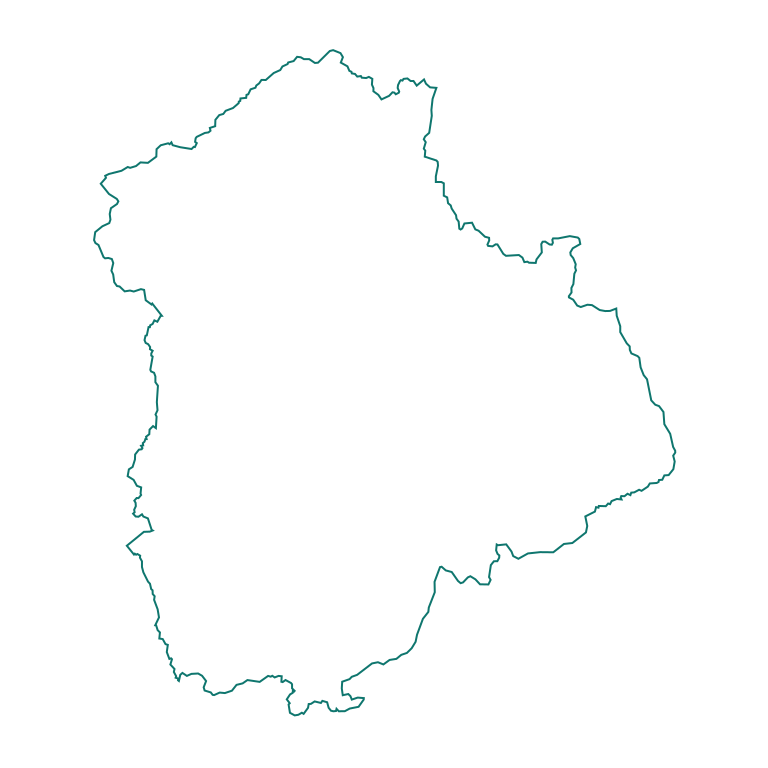 the district of San Vicente, Antioquia, Colombia, rotated 1°
{"feature_id": "7082276B36807549160801", "entity_name": "San Vicente", "entity_type": "district", "adm_level": 2, "iso_a3": "COL", "parent_name": "Colombia", "parent_adm1": "Antioquia", "projection": "natural_earth1", "projection_center": [-75.346, 6.311], "detail": "fine", "context": "isolated", "style": "outline", "palette": "teal", "viewbox_px": 768, "rotation_deg": 1, "n_neighbors": 0, "source": "geoboundaries", "source_scale": "gbopen_adm2", "svg_char_len": 6095}
<svg xmlns="http://www.w3.org/2000/svg" viewBox="0 0 768 768"><g transform="rotate(1 384 384)"><path d="M418.7,78.8L411.5,85.1L408.2,80.5L405.3,80.6L402.1,78.1L398.2,78.6L397.2,80.3L395.6,79.9L394.7,80.8L392.8,84.9L392.5,87.8L394.1,91.4L393.7,92.5L390.7,94.1L389.3,92.5L387.4,92.2L384.1,95.8L376.5,99.5L373.3,95.0L368.3,91.5L368.3,88.3L366.7,84.9L367.0,79.1L363.5,77.2L360.8,78.4L356.4,78.1L355.5,76.5L351.9,77.1L349.6,74.5L346.4,74.0L346.0,72.4L343.9,71.5L341.9,67.0L335.2,63.4L337.2,57.9L334.7,53.9L327.3,51.1L324.0,52.0L312.4,63.9L309.3,64.2L303.6,60.5L298.3,60.6L295.1,58.8L291.4,58.4L288.0,62.7L282.6,64.2L282.0,65.8L276.9,68.3L274.8,71.9L268.3,75.0L260.5,82.1L256.2,82.1L253.9,85.6L251.1,87.8L250.3,90.0L245.5,91.7L243.2,96.7L241.5,97.3L241.2,100.3L235.5,101.0L235.3,103.5L233.9,104.2L233.8,105.7L228.2,110.7L220.9,113.6L218.6,116.8L214.6,118.0L210.8,122.8L210.7,129.2L205.4,131.0L206.1,133.8L204.1,135.5L200.5,136.1L192.4,140.2L191.4,141.6L190.9,145.2L192.6,146.4L190.8,150.4L189.6,150.2L187.5,152.4L176.1,150.8L168.5,148.9L167.2,146.1L165.5,148.0L164.0,147.1L156.6,149.2L152.5,153.2L152.4,160.6L144.1,167.0L136.6,166.7L132.3,170.4L126.4,172.3L124.0,171.5L117.8,175.4L105.3,178.8L101.6,180.7L102.4,182.7L97.3,188.7L105.7,198.8L113.6,203.6L115.2,206.0L113.9,208.7L107.9,213.0L106.8,218.8L107.6,224.5L106.5,227.9L99.7,231.2L92.6,237.2L91.6,245.2L93.0,248.1L96.1,250.0L101.3,261.9L102.9,263.2L106.2,262.8L109.7,263.8L111.2,267.8L109.5,275.5L111.3,279.2L112.5,286.9L115.3,290.7L117.9,291.1L123.1,295.9L128.4,295.0L132.2,295.9L139.3,293.4L142.5,294.1L144.3,304.4L150.2,308.6L150.9,307.6L160.7,319.7L159.5,319.8L156.3,325.7L153.3,324.4L151.6,328.0L149.2,329.4L148.9,331.2L147.6,331.2L146.0,339.5L144.7,339.9L143.8,344.3L145.0,347.1L147.5,348.3L149.5,351.1L149.4,353.3L152.1,354.8L150.8,357.5L150.8,359.6L152.2,360.6L150.1,373.9L150.9,375.5L153.9,376.8L155.3,380.4L155.4,386.2L158.0,389.7L157.2,406.1L158.0,414.2L156.1,418.5L157.2,420.6L156.7,432.1L153.8,430.1L150.4,433.7L150.2,438.3L147.0,440.9L147.6,443.2L146.4,443.2L145.5,445.9L143.9,447.3L144.3,449.6L142.2,450.0L143.6,452.3L142.8,453.5L140.1,453.9L136.4,458.8L136.3,463.9L134.1,471.3L130.4,473.8L129.3,480.6L135.3,484.2L138.7,490.1L143.0,491.6L142.5,497.8L143.1,499.2L140.5,502.4L138.7,502.3L136.4,505.0L137.7,507.1L138.0,510.5L136.4,514.1L136.9,516.6L135.4,518.0L138.0,520.8L140.8,521.0L144.3,518.5L145.7,520.7L150.3,522.5L154.2,533.8L155.3,534.5L152.4,535.7L146.5,536.0L129.7,550.2L137.0,558.9L137.8,558.0L139.1,559.0L140.4,558.3L143.2,559.9L143.0,561.9L145.1,565.5L145.2,571.2L146.7,576.5L151.5,585.7L153.5,587.8L154.8,593.1L156.2,594.3L156.4,598.0L158.4,600.2L157.9,603.8L161.6,613.2L163.1,621.3L159.5,629.2L160.4,629.3L162.0,634.1L164.3,636.3L163.8,642.4L167.2,642.9L170.1,647.9L172.4,648.6L171.5,655.8L174.2,662.6L175.9,662.0L176.8,662.9L175.3,668.2L179.5,672.6L178.9,675.6L181.3,679.8L180.8,681.3L183.4,682.1L183.2,683.8L184.1,684.5L185.4,678.3L187.5,676.4L192.0,679.3L196.5,677.2L203.2,676.7L207.2,678.9L211.3,684.1L209.0,690.4L210.0,693.6L216.2,695.4L218.1,697.8L219.6,698.0L225.1,695.4L230.3,695.8L237.3,693.3L241.8,687.4L247.9,685.8L252.6,682.4L264.9,684.0L273.2,677.9L275.9,678.6L277.4,677.7L279.8,679.3L283.7,677.7L286.8,678.0L286.6,683.5L287.9,683.8L290.7,681.7L296.3,684.6L297.3,685.8L297.4,689.9L300.0,692.4L299.3,693.2L298.2,692.6L298.1,694.4L295.5,696.0L292.3,701.0L295.3,704.8L294.2,706.1L295.7,714.4L300.5,716.9L304.2,716.2L307.6,714.1L309.4,715.2L313.7,709.1L314.3,705.3L316.5,705.1L320.2,702.6L326.5,704.0L327.9,701.9L332.7,703.2L334.3,708.7L336.7,711.6L339.1,712.1L341.7,711.8L342.2,709.6L344.5,712.0L350.6,711.8L355.4,709.1L364.2,707.2L369.2,699.9L369.3,698.4L363.2,698.0L357.3,700.1L355.9,696.7L353.7,694.6L348.2,695.9L347.1,689.1L347.4,682.4L354.7,679.7L356.9,677.3L362.2,675.3L376.9,663.6L382.8,662.3L388.3,664.4L394.4,659.8L401.2,658.6L406.0,654.5L411.6,652.5L416.3,647.7L420.1,641.2L421.4,634.1L427.0,618.1L432.3,611.1L432.7,606.7L438.4,591.3L438.0,580.9L443.2,566.1L444.8,565.7L449.0,569.3L455.0,570.8L461.4,579.6L464.1,581.8L466.5,581.0L471.2,575.9L473.7,574.7L478.8,577.7L483.5,582.6L491.9,582.6L494.0,578.0L492.4,575.2L494.0,563.2L497.0,559.3L500.4,559.2L502.2,555.7L502.3,553.4L500.5,551.9L499.0,548.4L499.5,542.5L500.8,543.2L509.0,542.2L514.4,549.3L516.2,553.8L521.4,556.4L530.9,550.9L543.0,549.4L556.2,549.3L566.7,540.8L575.1,539.7L588.5,528.9L589.7,522.4L587.6,512.9L597.1,507.9L598.2,503.4L600.6,503.9L600.9,502.2L607.9,502.3L610.2,499.6L612.1,500.2L613.6,497.1L618.8,494.9L623.5,495.3L622.6,493.4L623.2,491.9L626.4,492.0L629.4,489.5L632.3,490.8L633.1,488.3L636.1,488.0L640.9,485.3L643.4,486.3L649.6,482.0L651.5,478.8L658.4,478.2L660.2,477.2L660.6,475.2L663.9,474.9L665.9,470.5L670.2,470.1L674.8,464.1L676.0,456.4L674.4,450.6L676.4,447.5L676.3,445.6L674.2,441.9L671.0,428.8L665.0,419.3L663.9,407.1L659.4,401.3L655.6,400.0L651.5,395.7L646.9,374.7L643.5,370.6L640.3,362.9L638.8,353.4L637.1,351.7L630.8,349.1L629.2,345.6L629.0,342.1L626.0,339.1L619.3,328.0L619.2,322.1L615.5,311.7L614.9,304.5L608.7,307.0L603.9,307.2L598.4,306.3L590.6,301.5L586.0,301.2L579.4,303.6L575.8,302.2L571.7,296.4L567.4,294.2L567.3,293.0L569.9,289.2L569.7,284.7L571.6,280.8L572.4,270.4L574.0,267.1L573.1,264.2L573.6,260.9L571.0,254.8L568.4,251.8L568.0,249.2L570.4,245.0L577.8,240.6L576.7,235.6L575.2,234.2L567.2,232.9L555.5,235.4L550.5,235.5L549.8,236.9L550.4,239.9L549.4,241.8L547.1,241.6L542.7,238.8L540.1,239.0L538.8,241.4L539.5,249.7L534.3,256.8L533.6,260.3L526.9,260.2L525.3,259.2L522.2,259.7L520.2,255.2L516.6,252.7L503.7,253.7L501.0,251.8L495.0,242.5L493.2,242.4L490.1,244.5L485.7,244.1L485.0,242.8L486.7,238.6L486.5,236.0L482.4,235.0L475.9,229.1L472.6,227.8L469.2,221.2L461.6,222.1L459.5,227.1L457.9,228.2L456.6,227.4L455.8,220.3L453.6,217.4L453.1,214.0L448.6,207.4L447.6,204.3L444.9,202.1L443.9,196.3L440.5,194.7L440.3,182.3L437.7,181.0L432.3,181.1L432.2,175.5L434.2,164.7L433.8,161.0L432.5,159.6L420.8,156.0L421.2,150.0L419.7,148.0L421.5,141.5L419.5,138.6L420.8,135.8L424.8,132.1L427.1,115.0L426.6,109.2L427.6,98.1L431.2,87.0L424.9,86.6L420.7,83.0L418.7,78.8Z" fill="none" stroke="#0f766e" stroke-width="2"/></g></svg>